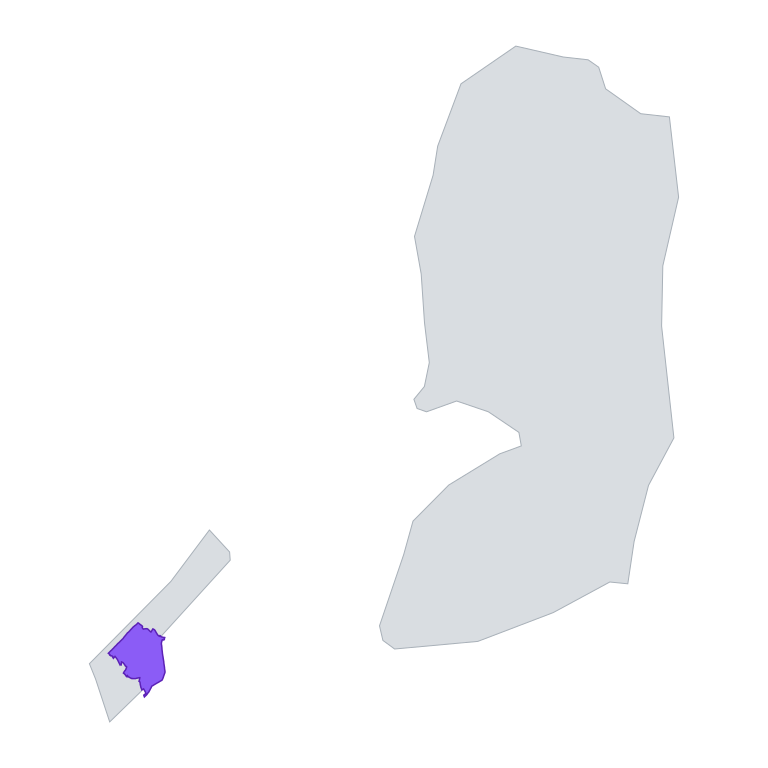 location of Khan Yunis, Gaza Strip, Palestine
{"feature_id": "87354302B21422506618890", "entity_name": "Khan Yunis", "entity_type": "district", "adm_level": 2, "iso_a3": "PSE", "parent_name": "Palestine", "parent_adm1": "Gaza Strip", "projection": "robinson", "projection_center": [34.31, 31.33], "detail": "fine", "context": "in_parent", "style": "filled", "palette": "violet", "viewbox_px": 768, "rotation_deg": 0, "n_neighbors": 0, "source": "geoboundaries", "source_scale": "gbopen_adm2", "svg_char_len": 5587}
<svg xmlns="http://www.w3.org/2000/svg" viewBox="0 0 768 768"><path d="M669.4,116.9L678.6,197.2L662.8,265.9L661.6,326.1L673.9,437.9L648.5,485.4L634.1,541.5L627.8,583.8L609.8,582.0L553.2,612.6L477.8,641.4L394.6,649.0L382.9,640.4L379.5,625.8L403.7,554.6L413.0,521.1L448.8,485.0L499.8,453.8L521.3,445.9L518.9,432.4L488.4,411.8L456.6,401.0L426.5,411.8L417.1,408.5L413.9,399.3L424.4,386.5L429.3,362.6L424.5,322.7L421.2,274.0L414.5,236.4L433.1,175.2L437.7,146.1L461.0,83.8L515.8,46.1L563.2,57.0L588.1,59.8L598.7,67.2L605.6,88.8L640.7,113.7L669.4,116.9ZM209.4,530.0L229.6,552.0L230.2,560.2L154.8,643.2L154.0,678.8L109.7,721.9L95.6,679.1L89.4,663.7L170.8,581.5L209.4,530.0Z" fill="#d9dde1" stroke="#a8b0b8" stroke-width="1"/><path d="M144.4,696.9L145.0,696.3L145.8,695.6L146.3,695.1L146.7,694.7L147.4,693.8L147.8,693.1L148.3,692.6L148.7,692.1L149.0,691.7L149.2,691.2L150.1,689.6L150.4,688.9L150.7,688.4L151.0,687.9L151.2,687.6L151.4,687.0L151.7,686.2L152.7,685.7L153.9,684.9L156.6,683.3L157.3,682.9L158.8,682.1L160.0,681.3L161.1,680.7L161.9,680.3L162.1,680.0L162.8,678.6L163.4,677.0L163.8,675.6L164.1,675.0L164.2,674.6L164.3,674.3L164.5,673.7L164.7,673.3L164.9,672.7L165.0,672.2L165.0,671.5L164.8,670.0L164.6,669.1L164.5,667.5L164.4,666.7L164.2,665.5L164.0,664.1L163.8,662.8L163.8,662.0L163.5,660.1L163.2,658.3L163.0,656.8L162.8,655.9L162.7,655.2L162.5,653.9L162.4,653.1L162.3,651.8L162.0,649.6L161.9,647.7L161.8,646.8L161.7,645.9L161.6,645.1L161.4,644.3L161.4,643.8L161.4,643.6L161.4,643.2L161.5,642.6L161.6,641.9L161.8,641.6L161.8,641.4L161.9,640.9L162.0,640.6L162.0,640.3L162.2,640.1L162.3,639.8L162.5,639.7L162.8,639.7L163.2,640.0L163.4,640.0L163.5,640.0L164.0,639.8L164.2,639.7L164.3,639.5L164.3,639.4L164.4,639.1L164.4,638.9L164.2,638.5L164.2,638.4L164.4,638.1L164.6,637.9L164.8,637.7L164.7,637.5L164.4,637.6L164.2,637.5L163.8,637.4L163.5,637.4L163.1,637.3L162.5,637.1L162.2,637.0L161.9,637.0L161.6,636.9L161.2,636.8L160.2,635.7L159.9,635.8L159.8,635.7L159.7,635.8L159.6,636.3L159.1,636.1L158.8,635.9L158.6,635.7L158.4,635.6L158.1,635.3L157.8,635.0L157.7,634.9L157.5,634.7L157.3,634.3L157.0,633.8L156.9,633.7L156.6,633.2L156.4,632.8L155.9,632.0L155.2,630.7L154.9,630.3L154.8,630.2L154.6,629.9L154.3,629.7L154.2,629.6L153.3,629.1L153.1,629.0L152.9,628.9L152.5,629.5L152.1,630.1L151.9,630.5L151.8,630.8L151.5,631.1L151.4,631.3L151.2,631.5L151.0,631.8L150.9,632.0L150.4,631.6L149.9,631.2L149.6,630.8L149.5,630.7L149.3,630.5L149.1,630.3L148.4,629.7L148.0,629.2L147.8,629.1L147.7,629.0L147.5,628.9L147.0,628.7L146.9,628.7L146.7,628.7L146.3,628.7L145.7,628.7L145.1,628.8L144.2,628.9L143.3,629.1L142.2,627.6L142.5,626.4L142.0,625.8L141.3,625.2L141.0,625.0L140.7,624.9L140.2,624.5L140.1,624.4L138.5,623.1L138.2,622.9L137.9,622.9L137.2,623.7L136.9,624.0L136.4,624.5L136.2,624.7L135.9,624.9L135.6,625.1L135.2,625.4L135.0,625.6L134.7,625.7L134.6,625.8L134.3,626.1L134.0,626.4L133.5,626.7L133.2,627.0L132.8,627.4L132.7,627.5L132.4,627.9L132.2,628.1L131.9,628.4L131.7,628.7L131.4,629.0L131.0,629.3L130.9,629.5L130.5,629.9L130.1,630.4L129.8,630.8L129.4,631.1L129.3,631.3L129.1,631.5L128.8,631.8L128.5,632.1L128.1,632.4L127.8,632.7L127.5,632.8L127.3,633.0L126.9,633.7L126.5,634.1L125.6,635.3L125.1,635.8L124.7,636.4L124.2,636.9L123.6,637.7L123.3,638.3L123.1,638.5L122.5,639.1L122.0,639.5L121.5,640.1L120.6,640.9L120.4,641.1L120.2,641.3L119.8,641.8L119.5,642.0L119.3,642.3L119.0,642.6L118.7,642.8L118.2,643.2L118.0,643.4L117.8,643.5L117.3,644.1L116.6,644.9L116.1,645.5L115.3,646.2L114.4,647.1L113.5,648.2L112.6,649.0L111.9,649.8L111.4,650.3L110.9,650.7L110.6,650.9L110.5,651.1L109.9,651.7L109.4,652.2L109.2,652.4L109.0,652.6L108.6,653.0L108.3,653.3L108.5,653.5L108.7,653.4L108.9,653.6L109.2,653.9L109.3,654.0L109.7,654.5L109.9,654.7L109.8,654.8L109.7,654.9L109.7,655.0L109.8,655.0L110.0,655.2L110.3,655.4L110.5,655.5L110.7,655.8L110.8,655.8L110.9,655.7L111.0,655.7L111.2,655.8L111.3,655.8L111.5,655.8L111.8,655.9L112.1,656.0L112.8,656.5L112.7,656.7L112.5,656.9L112.9,657.5L113.4,658.3L115.0,656.4L116.1,657.7L117.5,659.7L118.6,662.0L120.1,665.0L120.5,664.6L120.6,664.4L121.2,664.7L121.2,664.2L121.4,663.2L121.5,661.9L122.0,662.1L122.7,662.5L122.8,662.5L123.0,662.6L123.2,662.8L123.3,663.0L123.5,663.3L124.1,663.9L124.3,664.3L124.6,664.7L124.7,664.8L124.8,665.0L125.0,665.2L125.0,665.3L125.2,665.5L125.4,665.7L125.5,665.8L125.4,666.0L125.5,666.1L125.9,666.3L126.6,666.7L126.6,667.1L126.5,667.3L126.5,667.6L126.4,667.8L126.3,668.0L126.1,668.5L125.9,669.2L125.7,669.6L125.6,669.8L125.4,670.1L125.3,670.3L124.7,670.9L124.6,671.1L124.0,672.0L123.8,672.3L123.6,672.7L123.4,673.1L123.5,673.2L123.6,673.3L123.8,673.4L124.0,673.5L124.3,673.8L124.3,673.7L125.2,674.6L125.4,675.0L125.5,675.1L125.6,675.3L125.8,675.6L125.9,675.9L126.3,676.2L126.6,676.4L127.0,676.6L127.1,676.8L127.2,676.7L127.1,676.4L127.1,676.1L127.1,675.9L127.2,675.6L127.3,675.5L127.8,676.1L128.0,676.4L128.1,676.5L128.3,676.7L128.5,676.8L128.8,677.1L129.0,677.1L129.8,677.6L130.2,677.8L130.7,678.1L131.0,678.2L131.1,678.3L131.3,678.4L131.5,678.5L131.9,678.5L132.1,678.6L132.3,678.5L133.0,678.6L134.3,678.6L135.1,678.6L135.5,678.6L136.4,678.3L136.5,678.3L137.1,678.2L139.1,677.7L139.2,677.8L139.6,677.7L139.8,677.7L139.7,678.5L139.5,679.3L139.4,680.0L139.3,680.3L139.1,681.0L139.0,681.3L139.3,681.5L139.5,681.6L139.7,681.8L139.8,681.9L139.8,682.0L140.0,682.3L140.0,682.5L140.2,683.7L140.2,683.9L140.2,684.2L140.3,684.8L140.4,685.1L140.8,686.9L140.8,687.1L140.9,687.4L141.2,688.1L141.6,689.2L141.8,689.6L141.8,689.8L143.6,688.9L145.3,691.9L145.9,693.4L143.8,695.1L143.8,695.3L144.4,696.9Z" fill="#8b5cf6" stroke="#5b21b6" stroke-width="1.5"/></svg>